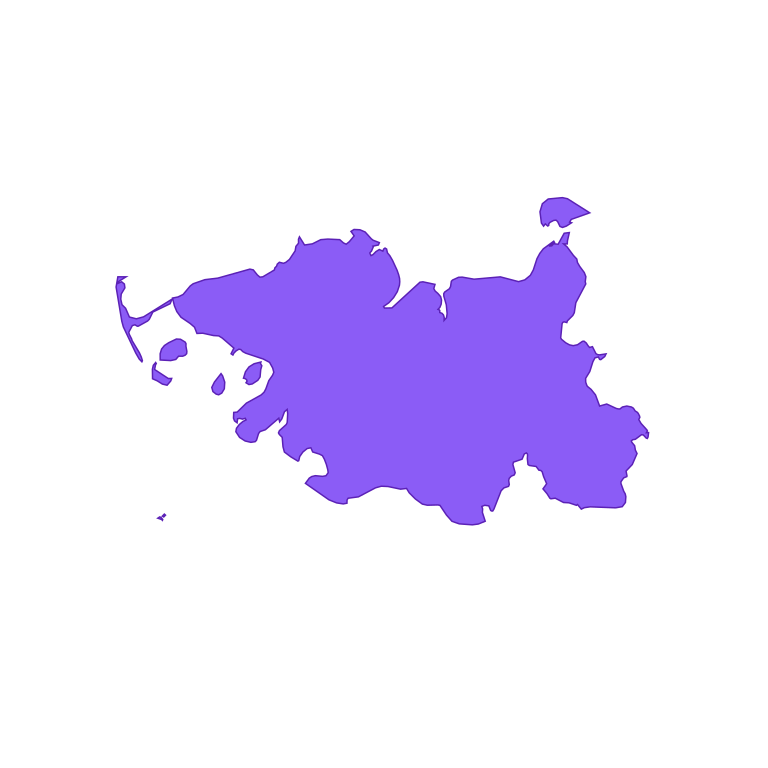 Schleswig-Holstein, Mercator projection, rotated 331°
{"feature_id": "DEU-1579", "entity_name": "Schleswig-Holstein", "entity_type": "State", "adm_level": 1, "iso_a3": "DEU", "parent_name": "Germany", "parent_adm1": "", "projection": "mercator", "projection_center": [9.834, 54.215], "detail": "fine", "context": "isolated", "style": "filled", "palette": "violet", "viewbox_px": 768, "rotation_deg": 331, "n_neighbors": 0, "source": "natural_earth", "source_scale": "10m", "svg_char_len": 6179}
<svg xmlns="http://www.w3.org/2000/svg" viewBox="0 0 768 768"><g transform="rotate(331 384 384)"><path d="M265.7,203.8L277.9,205.9L289.9,210.8L322.4,218.5L325.0,220.8L326.1,227.2L327.3,230.4L330.0,231.5L343.4,231.1L344.9,229.5L347.1,228.9L348.8,227.4L351.5,226.8L354.6,229.7L357.2,230.0L361.7,229.2L370.8,224.5L373.7,220.9L377.5,219.4L379.4,215.9L381.4,214.3L381.9,223.9L389.3,226.7L398.7,227.1L405.1,230.0L415.3,236.3L416.9,240.9L418.7,243.4L422.7,242.7L429.7,240.0L429.1,234.5L432.7,234.3L437.7,237.4L441.2,241.9L443.3,250.9L444.2,253.0L448.5,258.1L446.5,259.7L441.2,258.1L441.3,258.7L437.5,261.7L435.3,262.4L435.0,262.9L434.9,265.4L437.1,265.5L441.1,264.3L445.1,264.1L447.4,267.2L449.1,265.8L450.8,265.6L451.7,267.2L450.6,271.0L451.3,274.6L451.4,279.9L450.6,290.8L449.8,295.5L448.8,299.2L447.3,302.3L445.4,305.1L440.4,309.7L434.3,313.1L427.6,315.3L421.2,316.0L421.2,317.8L427.8,321.3L464.8,312.4L467.6,313.5L476.9,321.6L473.8,324.7L473.8,327.5L475.0,330.8L475.9,335.0L475.0,338.5L472.8,341.8L470.0,344.1L467.4,344.9L468.3,346.0L468.4,346.8L467.4,348.5L469.0,350.3L469.5,352.5L468.9,355.0L467.4,357.5L470.8,356.3L473.3,353.1L476.9,344.9L478.9,336.2L480.0,334.0L481.6,333.0L487.3,332.4L489.4,331.1L492.7,326.8L494.4,326.3L500.9,326.8L504.3,328.5L513.6,336.0L537.7,346.7L551.3,359.7L557.6,361.2L564.7,359.9L569.8,356.7L578.6,348.5L583.6,345.3L588.9,343.0L601.7,341.4L601.7,343.1L595.1,343.3L597.7,344.5L600.4,343.6L604.0,346.2L614.7,339.5L619.5,341.4L613.8,347.8L612.2,350.3L609.0,348.5L610.6,352.8L612.0,363.3L613.2,368.2L612.1,371.5L612.2,376.0L613.2,383.6L612.6,388.0L609.6,392.1L609.0,394.3L591.2,405.9L585.0,413.9L582.4,415.6L575.0,417.7L573.7,418.9L571.6,416.9L570.2,416.8L569.0,417.6L560.9,429.3L560.9,430.9L562.9,436.0L565.2,439.7L568.1,442.2L572.3,443.5L578.2,442.9L579.7,443.5L580.8,446.2L581.0,449.3L581.5,451.7L584.4,452.4L584.1,460.2L585.1,461.9L586.6,463.0L592.8,465.3L590.4,467.0L585.4,467.8L584.5,467.0L584.6,464.3L581.2,463.4L577.5,465.8L570.0,472.9L563.1,476.8L561.3,480.2L560.7,483.7L560.8,484.8L562.5,489.1L563.7,496.0L561.9,507.8L569.1,509.5L575.3,518.0L577.0,519.5L578.2,520.2L581.4,519.7L585.7,521.0L589.3,524.1L590.4,526.1L590.6,529.3L591.9,531.7L592.1,533.0L592.0,535.9L591.6,537.2L589.6,538.6L589.7,543.1L591.7,551.7L591.6,552.8L589.9,553.8L591.8,554.8L589.3,558.3L587.9,559.3L587.1,558.4L586.1,554.3L584.7,553.2L577.0,554.2L574.5,553.3L572.7,553.7L572.5,555.1L573.3,559.5L571.8,563.7L571.6,567.5L562.1,574.8L553.5,577.5L552.0,582.1L551.5,582.7L548.1,582.3L543.8,584.4L543.0,585.9L541.7,594.0L541.7,597.1L540.9,599.8L537.7,604.7L532.9,606.8L526.6,604.6L504.8,591.4L499.3,589.3L495.9,589.1L494.8,583.2L493.5,583.4L488.2,577.6L483.6,574.7L478.4,566.9L474.3,565.3L473.7,564.3L473.4,559.0L472.2,552.8L477.9,550.1L478.7,542.4L479.8,537.3L479.2,535.6L477.7,534.5L477.1,529.9L471.6,525.7L470.9,524.2L473.2,518.7L475.2,515.6L475.5,514.4L475.1,513.3L472.8,513.2L468.3,516.7L459.3,515.1L457.7,516.9L455.7,525.2L454.9,525.9L453.7,526.7L450.7,526.3L447.8,527.2L446.3,528.8L444.8,532.7L443.3,533.9L438.5,533.0L434.6,534.2L419.5,546.7L417.5,547.8L416.5,547.2L416.0,546.3L416.6,541.4L413.3,538.9L410.2,538.5L409.7,541.1L407.8,544.0L406.0,553.1L398.6,552.2L393.0,550.0L382.0,542.8L376.9,537.1L375.1,528.9L374.1,517.3L372.5,515.9L363.1,511.0L359.3,507.6L355.7,499.8L353.3,491.4L353.1,486.3L347.5,484.0L337.8,475.6L332.1,472.1L326.3,470.7L306.9,470.3L297.2,466.5L295.4,467.6L293.8,470.3L290.2,469.1L284.9,465.0L279.7,458.6L267.1,432.8L273.0,430.1L275.9,429.9L279.5,430.9L285.5,435.0L288.8,436.1L292.2,434.5L293.3,431.6L294.6,426.4L295.4,420.8L295.4,416.8L293.6,414.1L288.7,408.9L289.1,404.3L285.4,403.2L280.0,404.2L275.1,406.6L272.3,409.7L271.3,409.7L267.1,402.4L263.9,395.2L265.2,390.0L269.1,381.3L268.0,377.4L268.0,375.6L269.9,374.1L279.0,372.0L280.7,370.7L285.4,363.2L287.0,359.3L283.5,360.0L277.7,365.0L274.4,366.5L275.4,362.9L258.1,366.5L252.6,365.5L250.3,366.5L245.2,371.4L243.4,372.0L239.3,370.5L234.9,366.5L231.8,360.7L231.3,353.9L233.5,351.2L237.7,349.3L242.4,348.4L246.0,348.5L246.0,346.7L243.2,346.1L241.1,344.1L239.1,343.4L236.7,346.7L235.4,343.8L235.8,340.9L238.8,336.0L242.0,337.4L254.4,334.0L271.3,334.0L275.2,333.0L278.4,330.9L284.9,325.2L290.8,322.3L293.3,320.3L294.4,316.0L294.4,309.6L290.5,303.6L278.0,290.0L276.2,287.2L275.4,284.4L274.0,283.2L270.9,283.3L267.7,284.2L265.9,285.4L264.9,283.4L270.1,279.8L264.8,265.4L262.8,261.8L258.4,259.0L250.1,251.7L244.9,249.1L245.8,242.5L243.8,237.1L238.8,227.2L237.9,220.2L238.6,214.0L240.7,206.3L246.0,208.0L251.7,208.3L262.1,204.3L265.7,203.8ZM634.3,310.9L646.9,334.0L627.6,330.8L624.8,332.4L626.2,333.9L620.0,334.3L616.0,333.6L614.3,331.5L614.6,326.1L613.9,324.1L611.7,323.2L607.7,323.1L606.0,323.6L604.9,325.2L603.8,325.2L602.7,322.2L600.1,323.3L599.7,319.6L603.9,309.0L609.9,303.1L617.3,301.8L630.4,307.5L634.3,310.9ZM194.7,192.5L193.8,202.0L199.0,206.9L206.3,208.7L239.7,207.0L235.9,210.1L216.7,209.0L210.1,213.6L207.8,214.3L197.2,214.3L196.2,213.8L194.9,211.5L192.2,210.9L186.5,214.6L185.7,215.3L185.3,217.2L185.1,222.5L184.7,223.6L185.2,238.1L184.8,242.8L184.0,246.5L183.0,247.2L182.0,243.5L181.9,236.5L183.7,207.7L185.1,202.0L196.7,169.3L203.2,161.2L210.4,165.2L201.1,165.7L199.9,167.0L204.1,167.4L205.4,170.7L204.0,174.3L197.8,177.9L194.9,182.2L193.3,187.6L194.7,192.5ZM215.7,243.5L224.2,244.0L227.7,246.2L230.4,250.9L230.4,252.7L229.1,254.9L227.4,259.9L226.1,261.8L224.0,262.4L221.4,262.1L217.8,260.1L213.8,261.6L208.8,260.1L199.9,254.5L202.9,249.0L206.4,245.6L210.6,243.9L215.7,243.5ZM287.0,305.1L285.9,306.2L286.0,308.8L283.2,311.6L279.0,317.8L275.4,319.6L268.8,320.1L265.6,319.0L263.9,316.0L265.6,315.1L265.9,313.6L265.2,312.0L263.9,310.8L268.8,306.1L274.2,303.6L280.2,303.3L287.0,305.1ZM236.6,300.1L246.5,295.9L246.8,298.7L245.6,305.2L242.0,310.8L237.7,313.3L234.2,313.3L232.3,311.5L230.7,307.7L231.7,303.5L236.6,300.1ZM190.4,260.1L198.0,274.6L201.0,276.2L198.9,278.0L193.7,279.9L190.1,276.6L187.2,271.3L184.1,267.2L188.6,258.8L191.3,255.8L194.7,254.5L194.7,255.8L193.6,256.3L190.4,260.1ZM124.8,395.2L124.1,395.8L123.8,394.7L121.1,391.7L123.4,391.5L124.3,392.6L124.8,395.2ZM126.1,392.1L128.8,391.3L129.3,392.8L126.9,393.5L126.1,392.1Z" fill="#8b5cf6" stroke="#5b21b6" stroke-width="1.5"/></g></svg>